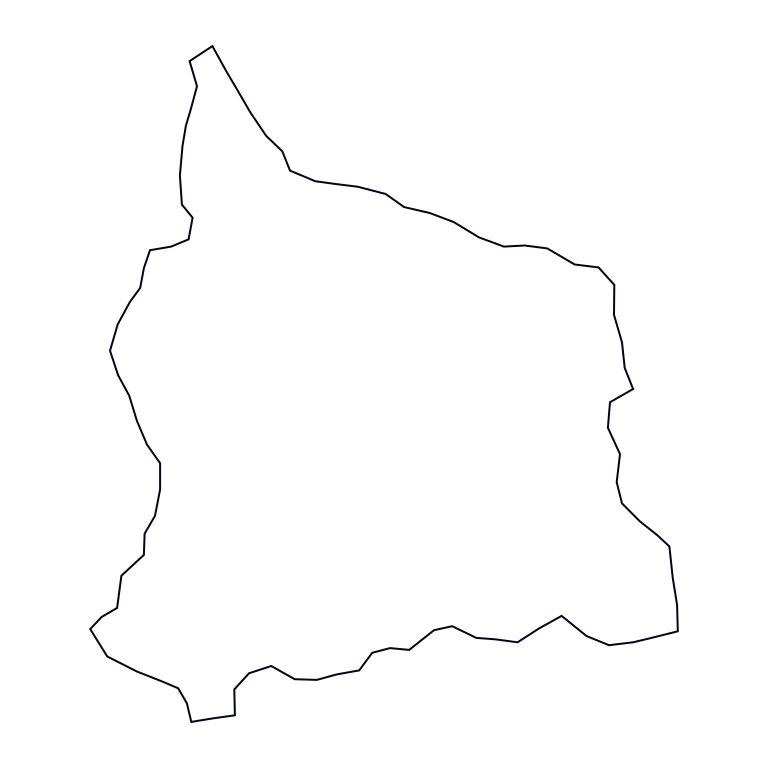 the district of Campo Limpo Paulista, São Paulo, Brazil
{"feature_id": "56859067B17451469585276", "entity_name": "Campo Limpo Paulista", "entity_type": "district", "adm_level": 2, "iso_a3": "BRA", "parent_name": "Brazil", "parent_adm1": "São Paulo", "projection": "mercator", "projection_center": [-46.762, -23.21], "detail": "fine", "context": "isolated", "style": "outline", "palette": "ink", "viewbox_px": 768, "rotation_deg": 0, "n_neighbors": 0, "source": "geoboundaries", "source_scale": "gbopen_adm2", "svg_char_len": 1261}
<svg xmlns="http://www.w3.org/2000/svg" viewBox="0 0 768 768"><path d="M624.7,367.9L622.0,342.3L614.0,314.9L614.3,284.9L598.5,267.4L574.7,264.5L547.2,248.4L524.7,245.5L503.9,246.6L479.0,237.4L453.8,222.1L429.7,213.0L404.1,207.1L385.7,194.0L357.5,186.7L334.0,183.8L315.2,181.2L290.0,170.6L282.3,151.3L266.2,135.9L250.4,112.5L236.9,89.2L226.5,71.6L212.4,46.1L189.6,61.1L197.0,86.2L190.9,108.9L185.9,125.7L182.5,146.1L179.9,175.4L181.9,204.6L192.6,217.7L188.6,239.3L171.1,246.6L150.0,250.2L143.9,268.1L140.2,287.9L129.8,302.1L117.7,324.4L110.0,350.7L118.1,375.2L129.2,395.6L136.9,420.8L147.0,444.6L160.1,463.2L160.1,489.5L155.0,515.8L144.6,533.7L143.9,554.9L121.4,575.7L117.1,607.9L101.6,617.0L90.2,629.1L107.3,656.5L136.9,671.5L162.7,681.7L178.2,688.3L186.9,703.3L191.3,721.9L213.4,718.3L234.9,715.3L234.3,689.4L249.0,673.3L271.2,666.0L294.7,679.2L316.8,679.9L336.7,674.4L359.2,670.4L372.2,652.8L390.0,648.1L409.2,649.9L434.0,630.2L452.2,626.2L476.3,637.9L495.1,639.3L517.6,642.3L539.1,628.4L561.6,615.9L586.5,636.0L609.0,645.2L633.1,642.3L648.6,638.6L677.8,631.3L677.1,605.0L672.7,577.6L669.4,546.5L657.3,535.2L639.8,521.3L622.0,503.4L616.7,482.2L620.0,454.1L607.9,427.8L610.0,402.2L633.1,389.0L624.7,367.9Z" fill="none" stroke="#020617" stroke-width="2"/></svg>